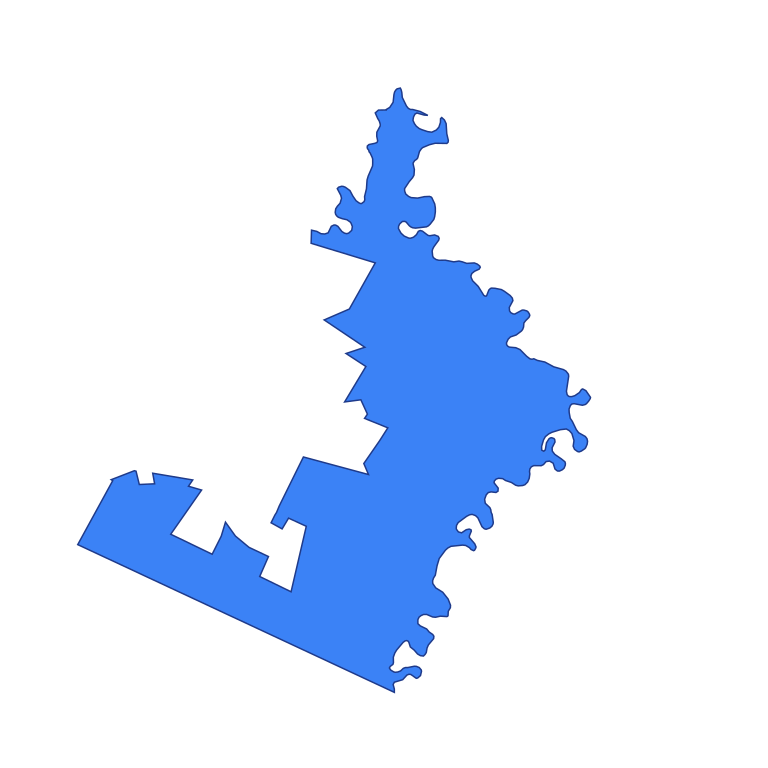 Benemérito de las Américas, Chiapas, Mexico, rotated 25°
{"feature_id": "50627088B65687353920950", "entity_name": "Benemérito de las Américas", "entity_type": "district", "adm_level": 2, "iso_a3": "MEX", "parent_name": "Mexico", "parent_adm1": "Chiapas", "projection": "orthographic", "projection_center": [-90.543, 16.339], "detail": "fine", "context": "isolated", "style": "filled", "palette": "blue", "viewbox_px": 768, "rotation_deg": 25, "n_neighbors": 0, "source": "geoboundaries", "source_scale": "gbopen_adm2", "svg_char_len": 6170}
<svg xmlns="http://www.w3.org/2000/svg" viewBox="0 0 768 768"><g transform="rotate(25 384 384)"><path d="M253.3,275.2L258.5,287.3L324.9,277.9L320.9,330.7L302.7,351.2L351.1,358.8L336.7,372.4L360.2,375.8L355.9,416.9L369.7,408.1L381.7,418.3L380.9,423.4L406.0,422.1L404.0,437.2L399.3,464.6L408.2,472.6L341.8,484.2L340.6,538.8L340.9,545.9L340.5,548.9L340.3,557.5L352.9,558.4L354.2,545.9L373.7,545.8L387.6,611.6L352.7,611.0L352.2,589.2L330.7,589.1L313.6,584.6L298.7,576.2L300.8,590.7L300.2,610.9L254.2,610.3L263.5,557.2L250.0,559.3L251.2,551.8L212.1,562.6L218.3,571.4L204.7,578.5L196.1,567.8L194.4,568.1L177.2,586.0L179.0,586.3L174.3,659.0L523.7,659.1L522.3,656.1L519.3,652.5L519.4,649.9L525.9,644.1L527.8,638.1L529.3,636.5L531.1,635.9L537.6,637.1L538.8,636.2L540.3,632.8L539.4,628.5L538.6,627.4L535.8,626.1L532.7,626.2L530.7,627.0L525.3,631.0L523.3,631.9L521.7,633.5L520.3,637.0L518.2,639.2L515.9,640.6L514.3,640.8L510.9,640.4L508.9,639.1L509.0,637.3L510.6,634.3L510.3,632.5L507.9,627.6L507.5,623.2L507.9,619.7L510.5,610.1L511.7,607.9L513.1,606.9L514.5,606.9L515.7,607.6L519.0,611.2L523.8,612.4L528.5,614.5L531.8,614.8L534.7,613.9L535.5,611.8L535.8,609.5L534.6,605.1L534.5,601.7L536.6,593.8L535.8,591.5L534.0,590.4L529.8,589.7L526.2,588.0L519.1,587.9L516.0,586.9L514.3,583.3L514.3,580.5L515.4,578.3L517.2,576.2L520.1,574.8L526.5,574.6L529.3,573.6L533.2,570.6L539.1,568.3L539.8,567.7L539.9,566.8L538.3,562.8L538.7,558.7L537.8,556.4L533.0,551.8L525.2,547.9L517.0,546.9L512.5,544.2L511.2,541.7L510.9,538.8L511.3,535.6L508.9,526.3L507.8,518.8L509.9,508.6L511.2,505.6L513.3,502.8L523.3,496.8L526.3,495.8L530.6,496.2L532.8,497.2L535.6,497.2L536.3,496.5L536.5,494.2L536.3,492.8L533.8,490.5L526.3,487.1L525.6,485.7L525.3,480.4L524.4,479.3L522.5,479.5L520.1,481.3L517.2,486.1L513.9,486.6L511.0,485.0L510.5,484.3L509.5,481.6L509.8,478.2L514.8,469.0L516.9,466.3L519.0,464.9L522.6,464.6L525.6,465.6L533.1,471.9L536.1,472.8L537.9,472.5L539.1,471.4L540.8,469.7L541.9,467.3L542.0,464.7L541.5,463.2L537.1,456.5L535.4,455.1L533.9,452.8L532.2,451.3L526.2,449.3L523.9,445.9L523.5,441.3L524.4,438.3L526.7,436.5L531.3,435.0L532.6,433.0L531.5,430.1L525.5,427.0L525.0,425.3L525.8,422.8L527.7,421.0L531.6,419.6L534.9,420.1L541.1,419.4L546.1,420.1L548.7,419.6L552.6,417.4L554.3,415.7L555.6,412.1L555.5,408.2L554.2,403.9L552.9,401.9L552.1,399.4L552.5,396.8L554.2,394.7L561.0,391.6L562.6,389.6L563.7,385.8L566.6,383.9L570.8,384.3L574.9,388.8L577.2,389.4L578.1,389.5L579.9,388.7L581.9,386.3L582.4,385.1L582.8,384.1L582.6,380.9L581.9,379.2L580.8,378.0L576.3,376.9L568.5,375.6L564.9,373.7L563.3,370.7L563.5,364.3L562.2,362.2L561.1,361.6L558.7,361.8L557.5,362.6L556.7,363.9L556.1,368.6L558.0,375.5L557.2,377.4L554.9,377.3L553.2,373.9L552.2,367.2L552.5,363.5L554.4,359.6L556.6,356.8L563.1,350.9L568.3,347.7L571.8,348.0L575.2,349.5L580.1,355.0L581.7,360.4L584.3,362.7L587.9,363.4L589.5,363.1L591.2,361.4L593.3,357.9L593.7,356.6L593.6,352.8L592.7,349.9L591.1,347.8L588.7,346.5L581.0,345.9L577.6,344.1L570.5,338.3L567.3,336.4L563.9,331.6L562.3,328.5L562.0,324.7L562.8,322.7L564.6,321.5L572.8,319.4L575.0,317.6L575.8,316.3L576.7,313.1L577.1,310.1L576.8,308.8L569.8,304.7L566.2,304.5L565.3,305.5L564.7,309.2L561.9,313.9L559.6,316.0L557.7,316.9L556.4,317.1L554.5,316.3L552.4,313.5L548.1,298.9L547.0,297.2L543.5,295.4L540.6,295.1L530.5,296.7L520.5,296.1L513.0,297.8L509.1,297.8L507.7,299.0L505.7,299.5L501.6,298.6L492.7,295.3L488.1,295.4L482.0,297.6L480.0,297.4L478.5,296.5L477.6,294.9L477.6,290.9L478.7,287.9L483.1,283.7L486.2,277.8L486.6,276.0L486.4,273.3L485.0,269.6L485.6,266.8L487.2,262.4L487.2,260.4L486.4,259.3L484.2,257.8L482.6,257.4L479.5,257.9L478.0,258.6L473.0,265.3L471.4,265.9L468.8,265.8L466.9,264.7L465.2,261.7L465.6,254.0L464.0,251.9L461.0,250.5L453.9,249.1L450.5,248.8L444.3,250.3L441.0,251.6L440.1,252.4L439.3,254.5L439.7,260.5L439.4,261.2L438.5,261.6L437.0,261.5L428.1,255.7L420.7,253.0L418.0,250.7L417.1,249.3L416.9,246.7L418.4,243.6L421.7,239.7L421.9,237.5L420.9,236.6L417.9,235.9L414.7,236.1L408.0,239.7L403.2,240.2L400.0,240.9L395.6,243.8L387.2,245.9L381.4,248.7L378.5,249.2L375.4,248.6L374.0,247.4L371.5,243.2L371.1,241.2L371.2,238.6L372.8,230.4L372.4,228.6L370.8,227.3L366.9,227.5L362.8,230.3L361.0,230.7L354.2,229.2L351.9,229.6L350.6,231.1L350.3,234.9L348.7,238.5L346.5,240.6L344.9,241.3L339.8,241.4L335.7,240.1L334.1,239.0L331.4,237.0L330.5,234.7L330.6,232.1L332.0,228.9L334.3,227.8L335.7,227.9L340.1,229.9L341.8,230.3L343.9,230.3L346.7,229.4L356.1,223.6L357.4,221.9L358.3,219.6L359.6,213.8L359.2,210.9L357.8,206.3L356.1,202.7L353.9,199.4L348.7,195.0L347.7,194.6L345.9,194.8L341.5,197.1L335.9,201.3L329.8,203.6L327.0,203.6L323.4,202.6L321.2,200.4L320.1,198.3L321.3,190.1L322.7,184.9L322.9,182.0L320.9,176.8L317.3,172.1L317.0,171.2L317.4,168.5L318.6,166.6L319.0,164.9L317.9,158.3L318.5,154.8L319.2,153.3L324.1,147.9L328.6,144.2L339.3,139.4L339.9,137.8L339.4,136.1L335.1,130.6L330.3,121.8L327.2,119.2L323.7,118.1L323.1,119.6L324.6,123.1L325.2,128.0L324.1,131.7L320.9,135.6L316.9,136.8L310.9,137.5L308.0,137.6L304.3,136.7L301.6,135.2L298.8,132.8L297.9,129.5L298.0,126.3L299.3,124.5L306.7,123.3L310.2,122.0L301.7,121.7L293.9,123.1L292.0,124.0L289.6,123.9L286.9,122.6L279.5,116.6L276.9,112.2L275.2,110.1L273.7,108.9L271.1,111.0L270.4,112.8L270.2,115.0L270.7,117.5L273.2,124.8L272.3,130.9L270.0,134.3L270.2,134.7L263.2,138.1L261.5,142.0L266.2,146.1L268.5,147.6L270.7,150.0L271.5,151.7L271.1,158.8L272.7,162.5L275.5,166.3L275.6,167.6L275.5,168.2L273.9,169.8L269.2,173.3L268.3,175.3L268.8,176.7L269.6,177.7L271.3,178.5L272.4,179.9L273.8,180.5L277.6,183.7L278.6,184.8L280.5,188.8L281.5,191.3L281.8,202.2L282.4,206.2L285.6,214.5L287.2,222.4L288.7,225.1L288.9,227.1L287.4,229.9L286.4,230.4L284.7,230.4L281.2,229.7L276.3,226.8L271.4,223.1L265.8,222.0L263.3,222.2L261.9,222.8L259.7,224.8L259.1,226.7L265.0,231.2L267.0,233.6L267.8,238.7L266.6,242.6L266.2,245.6L267.2,249.0L268.4,250.6L270.0,251.6L272.1,252.2L276.4,251.8L281.0,250.8L285.0,251.5L286.2,252.2L288.8,254.7L289.8,258.4L288.2,262.2L286.7,263.5L284.5,264.0L281.4,263.6L275.6,260.6L273.1,260.4L271.5,261.0L269.6,263.3L269.5,270.6L266.9,273.1L263.4,274.4L258.6,274.1L253.3,275.2Z" fill="#3b82f6" stroke="#1e3a8a" stroke-width="1.5"/></g></svg>